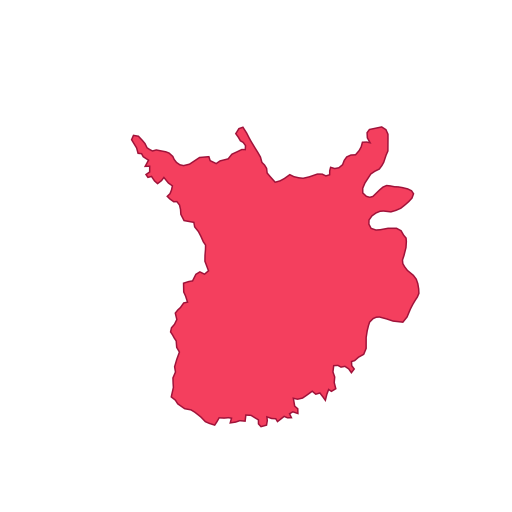 Dois Vizinhos, Paraná, Brazil (Natural Earth projection), rotated 26°
{"feature_id": "56859067B29703429785729", "entity_name": "Dois Vizinhos", "entity_type": "district", "adm_level": 2, "iso_a3": "BRA", "parent_name": "Brazil", "parent_adm1": "Paraná", "projection": "natural_earth1", "projection_center": [-53.086, -25.743], "detail": "fine", "context": "isolated", "style": "filled", "palette": "rose", "viewbox_px": 512, "rotation_deg": 26, "n_neighbors": 0, "source": "geoboundaries", "source_scale": "gbopen_adm2", "svg_char_len": 3604}
<svg xmlns="http://www.w3.org/2000/svg" viewBox="0 0 512 512"><g transform="rotate(26 256 256)"><path d="M93.0,201.3L93.2,206.0L101.3,211.2L105.0,215.4L108.3,214.2L111.1,216.2L117.4,217.0L117.1,224.0L121.1,221.9L123.6,227.1L121.4,231.0L124.4,232.7L127.2,230.3L131.9,233.0L135.8,234.1L138.0,229.7L138.8,225.8L145.3,228.8L150.1,229.6L151.1,233.6L151.4,237.7L150.1,241.3L153.6,242.5L158.3,243.3L161.0,241.8L164.9,243.7L167.8,247.3L170.2,251.5L175.8,255.7L180.8,254.3L185.4,253.0L188.1,256.7L193.6,259.3L197.9,262.5L202.4,266.3L205.9,268.3L207.7,272.2L209.9,277.8L212.4,283.1L219.8,290.1L217.7,294.9L212.5,294.9L210.0,298.8L209.9,306.2L206.8,308.4L202.8,312.2L206.8,320.0L210.3,322.9L214.7,327.5L211.6,329.9L210.7,335.4L209.4,338.7L208.5,342.7L212.7,347.8L212.7,353.1L211.5,357.5L212.5,361.7L215.6,363.5L218.7,365.7L221.5,367.3L224.8,372.9L229.3,375.9L230.1,383.6L231.4,391.2L234.5,395.6L234.8,402.0L237.4,406.9L239.4,410.4L241.6,419.8L246.7,420.9L250.5,423.2L258.8,424.5L265.0,422.8L269.3,423.2L274.1,424.2L277.1,424.9L283.1,427.1L287.5,426.9L293.0,426.1L293.5,422.3L293.8,417.6L298.5,415.6L302.1,413.4L305.1,412.5L306.0,417.3L310.5,414.2L313.6,411.1L318.6,409.2L316.6,403.4L321.4,401.4L326.4,401.9L330.0,402.2L331.8,405.8L335.3,407.2L339.6,403.4L338.3,399.0L336.3,395.8L341.3,395.2L345.1,393.6L347.9,395.4L349.7,391.8L351.6,387.8L355.3,387.6L358.7,385.8L355.3,383.1L357.4,379.9L362.7,379.2L360.5,375.0L356.6,374.0L351.9,367.5L356.1,366.5L360.1,363.3L362.7,358.7L365.8,352.9L370.3,354.0L373.5,351.1L377.9,353.3L381.6,355.3L380.3,349.3L379.8,344.1L383.1,344.6L385.9,340.3L381.8,335.5L379.8,330.3L376.0,326.5L373.9,320.5L377.6,318.4L381.1,318.6L384.3,316.2L388.8,316.8L392.9,319.1L393.8,314.5L390.1,312.6L388.1,309.0L390.5,306.8L392.5,302.0L395.9,297.1L395.5,290.8L390.7,280.9L388.7,274.4L387.6,269.3L387.1,265.6L388.7,260.9L390.9,258.3L393.7,256.7L400.9,255.3L407.7,254.4L417.0,251.1L418.5,244.6L418.0,235.8L418.1,230.8L418.5,226.0L419.0,222.2L418.8,218.2L416.6,214.2L413.6,210.0L410.2,206.6L405.9,204.4L398.4,202.6L394.2,200.5L391.3,198.5L389.4,195.4L388.8,190.8L387.1,182.7L384.8,177.1L383.0,174.1L379.6,172.6L375.3,169.7L370.2,169.5L362.4,173.3L356.2,177.9L352.4,180.1L347.3,180.7L343.5,177.9L341.8,174.1L342.6,169.1L345.0,164.7L347.8,161.5L350.8,159.7L357.9,157.2L361.7,153.7L365.2,149.6L367.7,144.3L369.4,140.2L370.8,135.6L370.3,131.0L367.2,129.2L362.9,129.2L357.4,130.4L353.4,131.6L350.3,133.0L345.8,134.2L342.5,135.4L339.9,138.4L338.2,142.3L335.0,151.2L332.5,153.4L329.0,154.0L324.3,152.5L322.2,148.3L321.9,142.6L323.2,132.0L325.6,127.8L328.7,123.8L329.5,119.5L329.7,115.8L328.7,108.3L328.5,103.8L323.0,92.3L321.2,88.7L317.4,85.5L312.4,84.9L302.5,92.6L301.8,96.5L304.3,101.0L308.9,104.2L305.5,105.1L301.8,107.1L302.7,111.8L302.5,116.0L301.1,121.4L297.0,123.7L294.1,127.2L293.4,131.4L293.8,136.0L291.8,140.4L288.4,142.9L284.2,143.6L284.9,147.1L286.6,150.7L283.7,153.4L279.6,153.4L275.2,155.5L269.2,161.5L264.3,165.5L260.4,166.9L255.3,168.1L250.7,168.1L247.5,174.0L244.7,177.9L240.9,181.3L233.6,178.3L229.6,176.5L227.1,172.6L223.8,170.5L220.3,169.3L216.6,165.1L212.5,162.3L207.7,159.3L201.2,155.1L197.8,152.7L193.7,149.6L187.8,146.0L184.8,149.0L184.2,154.9L187.9,156.9L191.5,159.3L194.7,159.5L198.2,161.4L199.7,165.1L196.6,166.5L193.6,170.3L189.7,175.1L188.4,180.9L185.7,183.2L182.0,186.3L179.7,190.4L173.0,190.4L170.1,187.4L162.1,192.2L156.0,202.6L151.3,206.5L147.6,207.4L143.6,206.8L140.1,205.1L137.6,203.0L132.8,201.6L129.2,201.9L123.7,203.4L119.9,204.4L116.9,207.0L113.6,206.9L110.6,206.5L106.9,203.6L103.1,201.9L97.8,199.9L93.0,201.3Z" fill="#f43f5e" stroke="#9f1239" stroke-width="1.5"/></g></svg>